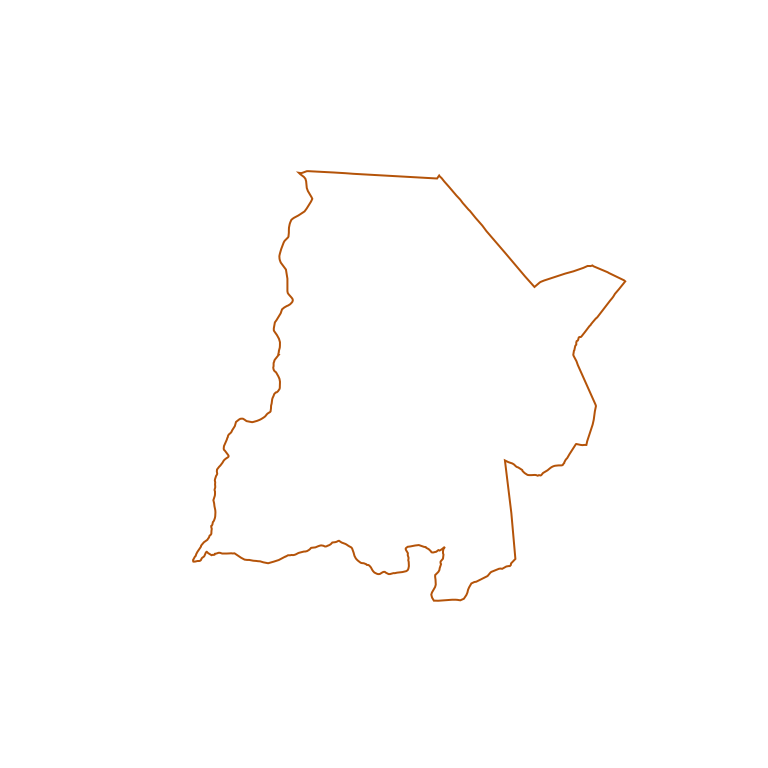 outline of Barna, Timis, Romania, rotated 56°
{"feature_id": "2599482B99688223143518", "entity_name": "Barna", "entity_type": "district", "adm_level": 2, "iso_a3": "ROU", "parent_name": "Romania", "parent_adm1": "Timis", "projection": "robinson", "projection_center": [22.07, 45.706], "detail": "fine", "context": "isolated", "style": "outline", "palette": "amber", "viewbox_px": 768, "rotation_deg": 56, "n_neighbors": 0, "source": "geoboundaries", "source_scale": "gbopen_adm2", "svg_char_len": 6153}
<svg xmlns="http://www.w3.org/2000/svg" viewBox="0 0 768 768"><g transform="rotate(56 384 384)"><path d="M448.2,599.6L451.6,597.8L453.3,595.9L454.5,594.1L457.4,591.2L459.3,588.8L460.4,587.6L461.8,585.8L464.3,583.8L467.8,580.3L469.6,574.8L471.1,569.6L471.9,562.2L472.1,562.1L472.3,559.4L473.5,557.6L474.0,556.3L475.0,555.1L475.5,554.0L475.9,552.6L476.2,549.8L476.4,548.9L477.5,545.8L478.2,543.9L478.8,543.1L479.5,541.2L479.6,539.0L479.5,537.6L479.1,536.3L479.2,535.8L481.1,532.2L481.6,529.6L482.1,527.7L482.6,526.4L484.2,524.7L485.7,523.8L486.3,522.8L486.5,522.0L486.5,521.3L486.8,520.4L487.0,518.9L487.0,517.6L486.5,515.5L487.8,513.0L488.3,511.6L488.5,509.8L488.8,509.0L491.7,507.8L494.9,505.5L496.0,504.9L498.5,503.9L501.2,502.5L502.5,502.4L506.8,503.5L510.0,504.6L512.9,504.9L514.5,504.7L516.2,504.3L519.1,503.3L520.0,502.6L521.3,501.0L523.5,499.5L524.1,499.5L524.5,499.3L524.9,498.7L525.4,498.1L526.4,497.7L528.7,497.4L531.5,497.7L533.0,497.7L534.9,497.4L537.2,496.1L538.1,495.4L538.8,494.5L539.2,493.5L539.3,490.4L539.6,489.3L540.2,488.4L541.6,487.9L544.1,486.5L544.9,485.4L546.1,481.9L546.9,480.8L547.7,478.7L550.2,473.9L551.6,470.2L551.6,469.3L551.5,468.3L550.7,467.0L548.9,465.2L545.3,463.0L543.6,462.4L542.7,461.5L541.7,460.8L539.1,460.0L537.6,458.8L534.0,458.6L532.9,458.3L532.5,457.9L532.3,457.4L532.2,455.4L533.4,453.0L535.3,448.5L537.0,445.2L541.5,441.8L542.5,440.6L543.4,440.6L545.9,439.3L548.7,438.7L550.1,438.7L551.1,437.6L552.3,434.4L552.1,431.8L553.2,431.0L553.3,429.8L553.3,428.1L553.0,424.7L553.8,426.0L553.8,426.5L554.4,427.4L556.0,428.9L557.5,429.8L558.7,430.1L561.8,432.8L562.8,436.3L563.9,437.2L565.2,437.4L567.8,440.8L569.2,442.1L570.1,443.8L570.5,445.6L571.0,448.4L572.4,449.4L575.2,450.8L579.3,453.3L580.9,455.2L583.7,460.9L585.1,462.6L588.0,463.6L591.5,463.8L594.1,460.1L601.1,447.9L603.6,444.3L606.0,441.7L606.7,437.9L605.0,433.7L603.5,431.4L601.7,429.5L600.2,427.2L598.2,423.1L598.7,419.8L599.5,418.1L601.1,405.5L599.8,401.0L599.8,400.0L601.5,391.9L602.3,390.4L603.3,389.4L603.7,384.6L604.6,382.6L605.3,381.5L605.0,380.1L603.8,379.0L602.5,372.9L562.2,350.6L515.0,326.5L518.3,324.6L521.7,322.0L523.5,321.2L526.0,320.7L527.2,320.2L528.2,319.4L532.6,317.5L533.7,317.8L536.5,317.2L539.5,315.9L540.2,315.3L541.7,313.2L543.8,309.7L544.6,308.8L546.0,307.8L546.2,306.5L547.4,305.3L547.5,304.6L546.7,301.9L547.0,296.7L546.7,293.8L546.6,291.7L546.8,290.1L547.2,288.5L547.7,287.4L549.0,285.0L550.6,282.6L551.0,281.7L551.0,280.7L550.5,279.9L550.3,278.8L549.9,278.5L548.6,276.2L548.1,274.7L547.9,273.6L545.9,269.5L541.2,258.6L541.3,258.1L544.4,255.1L545.7,253.6L546.5,252.0L547.7,250.3L545.1,247.6L534.3,233.7L530.8,230.0L524.5,224.4L520.8,220.6L519.5,220.2L476.6,212.7L472.8,211.7L467.0,211.1L465.7,210.8L462.6,207.9L462.5,207.4L459.5,204.3L459.1,203.5L458.9,202.6L457.1,201.4L456.2,200.3L456.3,199.0L455.8,198.2L454.4,196.6L454.3,196.0L454.5,195.3L454.9,194.9L455.1,194.3L454.9,193.4L452.9,187.2L450.9,181.4L450.6,179.6L450.3,179.2L449.5,176.6L448.1,171.6L448.2,171.3L447.9,169.7L441.2,149.6L440.5,147.1L439.8,145.1L438.4,142.1L436.8,136.3L433.8,126.6L432.3,127.0L417.7,135.5L416.4,136.1L403.7,144.4L402.8,144.8L402.3,144.9L401.8,146.7L400.0,149.2L399.2,153.8L396.5,164.0L393.8,172.0L387.7,193.5L387.0,196.8L386.9,198.0L387.7,205.0L373.8,206.9L344.4,210.1L314.5,213.6L307.7,213.9L297.5,215.2L288.4,216.0L286.8,216.4L278.0,217.5L273.7,217.7L268.2,218.6L257.4,219.8L249.7,220.8L245.6,221.1L243.0,221.7L242.0,221.7L243.3,225.1L192.5,292.0L187.9,297.8L180.4,307.6L165.1,327.9L164.4,329.0L163.4,333.1L162.9,334.7L162.5,335.2L161.3,336.5L163.2,336.1L167.6,334.6L169.9,334.4L172.4,335.2L178.3,338.4L181.5,339.2L188.6,339.6L190.4,339.9L191.9,342.4L195.3,350.0L196.5,353.4L196.4,360.8L195.9,365.5L195.9,367.1L196.1,369.0L197.7,371.5L198.7,372.8L201.3,375.4L203.9,377.3L205.4,378.3L208.4,380.8L208.8,381.6L209.7,386.2L210.5,387.9L214.6,393.7L217.6,397.3L219.0,398.8L219.7,399.4L221.8,400.6L223.1,401.1L225.6,401.7L234.3,401.3L242.7,405.2L253.1,412.2L254.8,412.9L256.4,412.9L260.9,412.3L262.4,412.3L263.5,412.7L264.5,413.8L264.9,414.8L265.4,417.2L265.3,419.7L265.0,421.0L264.8,424.0L265.1,426.8L267.6,430.1L271.0,437.5L271.9,440.0L276.2,444.2L277.8,445.3L278.8,445.5L283.6,445.4L287.8,445.8L291.2,446.9L294.1,448.9L295.6,450.1L298.0,452.9L298.5,453.1L300.2,455.0L300.9,454.7L301.1,455.6L302.8,460.9L303.2,461.7L303.9,462.4L304.9,463.8L307.5,465.6L308.4,466.6L309.9,467.3L311.3,467.6L312.3,467.5L313.8,467.0L314.5,467.0L318.5,467.3L321.3,467.8L324.0,469.0L329.0,472.6L329.7,473.4L330.7,475.9L330.9,477.6L330.5,478.4L330.8,480.1L331.0,480.7L332.1,482.2L333.3,484.2L334.2,485.3L337.3,488.0L338.8,489.7L341.1,491.4L343.3,493.4L343.5,494.1L343.4,497.0L343.7,498.6L343.9,498.9L344.4,500.7L344.5,502.4L344.4,505.3L344.2,507.0L343.6,509.8L342.4,513.5L341.9,514.7L337.9,518.7L335.5,519.6L334.0,520.3L333.3,521.1L332.5,522.6L332.4,524.0L332.7,527.9L335.5,531.2L337.5,535.8L338.4,537.2L338.8,538.5L339.1,541.0L339.5,541.8L339.9,542.5L340.7,543.2L341.2,544.2L342.2,545.4L346.0,551.4L347.9,553.0L348.8,553.4L349.5,553.4L350.2,553.2L355.9,552.9L356.8,553.1L357.3,553.6L357.5,554.6L357.4,556.3L357.6,558.6L358.0,560.0L358.9,561.8L360.1,565.3L360.4,566.9L361.5,570.2L362.9,571.4L365.2,572.5L365.9,573.6L366.3,574.6L368.5,577.4L369.4,578.2L371.1,578.9L372.9,580.3L374.4,581.1L375.4,581.8L376.8,583.5L377.5,583.9L378.6,584.2L380.7,585.6L382.0,586.7L384.9,590.4L388.0,591.6L390.5,592.9L394.2,594.4L396.1,595.5L399.3,597.9L400.5,599.1L401.8,600.8L402.6,602.2L402.8,603.1L404.6,604.9L405.3,606.4L405.2,606.7L406.0,607.2L407.8,607.8L409.2,609.1L411.6,610.9L412.1,611.9L412.2,613.4L413.4,615.0L413.8,616.3L414.4,617.5L414.5,621.8L415.5,625.3L415.8,626.1L416.4,626.6L416.9,627.7L418.8,632.5L420.1,634.9L421.2,636.2L421.4,637.3L423.2,640.8L423.6,640.9L424.5,641.4L424.8,641.2L425.5,640.1L426.5,637.5L427.3,636.4L427.6,635.7L427.7,635.0L427.6,634.3L426.6,632.6L426.4,631.7L426.4,630.1L426.2,629.2L424.1,625.9L423.9,624.9L424.1,624.7L425.8,624.4L429.5,622.7L429.8,621.6L430.6,620.5L430.7,619.7L430.2,619.2L430.9,617.6L431.4,615.6L432.1,614.5L434.0,613.0L436.9,608.7L439.0,605.2L439.9,604.2L440.8,602.6L448.2,599.6Z" fill="none" stroke="#b45309" stroke-width="2"/></g></svg>